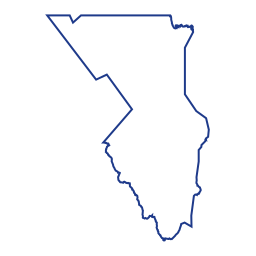 the district of Sohe District, Northern, Papua New Guinea
{"feature_id": "67681753B17052128293430", "entity_name": "Sohe District", "entity_type": "district", "adm_level": 2, "iso_a3": "PNG", "parent_name": "Papua New Guinea", "parent_adm1": "Northern", "projection": "equal_earth", "projection_center": [147.829, -8.649], "detail": "fine", "context": "isolated", "style": "outline", "palette": "blue", "viewbox_px": 256, "rotation_deg": 0, "n_neighbors": 0, "source": "geoboundaries", "source_scale": "gbopen_adm2", "svg_char_len": 5664}
<svg xmlns="http://www.w3.org/2000/svg" viewBox="0 0 256 256"><path d="M47.2,15.4L96.1,79.6L106.8,74.6L132.0,109.3L103.3,142.5L104.3,142.5L104.6,142.6L105.0,142.6L105.3,143.0L106.0,142.8L106.5,143.0L106.7,143.3L106.9,143.5L107.0,143.5L107.8,143.9L108.0,143.7L108.2,143.9L108.4,143.8L108.7,144.4L108.6,144.7L108.7,144.9L108.8,145.3L109.0,145.4L108.9,145.5L108.0,145.6L107.9,145.8L107.8,146.1L107.6,146.2L107.0,146.7L106.9,147.0L106.9,147.4L106.7,147.8L106.2,148.7L106.3,149.2L106.0,149.6L105.9,150.4L105.9,151.0L106.1,151.5L105.9,152.0L106.5,152.5L106.7,152.9L106.8,153.1L107.6,153.4L107.8,153.7L108.0,154.6L108.2,154.9L108.7,155.0L108.8,155.3L108.8,155.6L109.0,155.8L109.4,156.1L109.6,156.4L110.2,156.6L110.4,157.0L111.2,157.5L111.6,158.2L111.7,158.5L111.9,159.1L111.7,159.8L111.7,160.3L111.8,160.7L111.7,161.5L112.2,162.5L112.3,162.9L113.1,164.8L113.1,165.3L113.3,165.9L113.4,166.4L113.6,166.8L114.2,167.6L114.6,168.7L115.7,170.6L117.2,171.4L117.8,171.8L118.0,172.2L117.9,172.4L118.0,172.7L119.1,172.6L119.5,172.7L119.8,172.8L119.8,173.0L119.7,173.3L118.9,175.0L118.8,175.7L118.3,176.4L118.2,176.8L118.1,177.3L118.2,178.0L118.3,178.9L118.4,179.8L118.8,180.6L119.3,180.9L120.0,182.0L120.4,182.3L122.1,182.4L123.2,182.8L123.4,182.7L123.8,181.9L124.2,181.7L124.7,181.9L125.8,182.5L126.1,182.9L127.1,183.1L127.5,183.1L127.9,182.9L128.2,182.9L128.4,183.0L128.6,183.3L129.4,183.4L129.7,183.3L129.9,183.9L129.9,185.6L129.9,186.2L130.5,187.0L131.2,187.4L131.9,188.5L132.0,188.9L132.2,188.7L132.7,189.6L133.1,190.3L133.5,190.7L133.6,191.2L133.9,191.5L133.9,192.1L134.0,192.6L134.1,192.9L134.8,193.3L134.9,193.5L135.1,194.9L135.3,195.1L135.5,195.2L135.9,195.0L136.2,194.9L136.4,195.1L136.6,195.4L137.1,195.6L137.3,195.9L137.4,196.8L137.5,197.3L137.5,197.8L137.3,198.6L137.2,199.1L137.2,199.4L137.4,199.6L137.7,200.0L137.9,200.2L138.2,200.3L138.4,200.5L138.5,201.3L138.8,201.7L138.8,202.4L138.9,202.7L139.1,203.6L139.1,204.8L140.0,205.4L140.8,205.8L140.9,206.0L141.0,206.3L141.3,206.9L141.8,207.1L141.9,207.3L142.1,207.8L142.6,210.0L142.9,210.5L142.8,211.2L142.8,212.0L142.7,212.3L142.7,213.2L142.5,214.2L142.5,214.5L142.9,216.0L142.9,216.4L142.9,217.2L142.8,217.6L142.9,217.8L143.9,218.1L144.6,218.5L145.5,218.0L146.0,218.3L146.8,218.7L147.2,218.7L147.7,218.4L148.1,218.0L148.4,217.7L149.0,217.2L149.4,216.3L149.7,215.9L149.9,215.9L150.9,216.1L151.8,215.7L152.0,215.5L151.9,216.3L151.9,216.6L152.0,216.9L152.2,217.0L152.4,216.8L152.6,216.8L152.8,216.9L153.1,217.0L153.4,216.8L154.1,216.8L154.4,216.9L154.6,217.8L154.7,218.1L154.8,218.5L155.0,218.8L155.2,219.5L155.4,219.8L155.6,220.1L155.7,220.3L155.6,220.5L155.6,220.8L155.8,221.0L155.9,221.6L156.2,222.1L156.8,222.5L156.8,222.8L156.7,224.4L156.9,225.3L156.9,226.5L156.8,226.9L156.6,227.4L156.8,228.2L156.9,228.3L157.1,229.1L157.4,229.6L157.7,229.8L157.8,230.0L157.9,230.3L157.7,230.7L157.8,231.0L158.0,231.3L158.4,231.8L158.3,232.7L158.3,233.0L159.0,234.0L159.8,234.7L160.0,234.9L160.0,235.2L160.6,235.5L160.7,236.3L161.4,237.3L161.7,237.6L162.0,238.1L162.8,238.2L163.2,238.4L163.4,239.0L163.2,239.8L163.3,240.1L163.7,240.3L164.0,240.5L164.7,240.3L164.8,240.1L164.9,239.9L164.9,239.5L164.7,238.8L164.8,238.6L165.0,238.4L165.6,238.4L167.0,238.8L167.6,238.8L168.2,239.0L168.6,239.0L168.8,238.9L169.2,238.5L169.5,238.4L169.6,238.5L170.1,239.0L170.7,239.2L170.9,239.2L171.4,238.9L171.6,238.9L171.9,239.0L175.2,235.7L175.6,235.0L176.1,234.5L176.6,234.0L177.2,233.6L178.3,232.3L178.4,231.7L179.5,229.9L180.0,228.0L180.2,227.5L180.9,225.5L181.2,224.0L184.6,222.6L191.5,226.6L191.3,215.6L193.9,195.9L195.2,194.6L196.0,194.5L196.6,194.8L196.6,194.6L196.9,194.4L197.3,194.6L197.9,193.9L198.1,194.0L198.6,193.9L198.7,193.6L198.9,193.7L199.2,193.3L199.4,192.4L199.7,192.1L199.8,191.8L200.0,191.6L200.7,190.3L200.6,189.3L200.2,188.4L199.9,187.4L199.3,187.1L198.7,186.7L198.1,185.8L197.4,185.7L197.3,184.5L196.4,183.0L196.5,181.7L196.7,180.4L196.5,177.2L198.7,161.5L198.7,150.0L201.3,147.0L201.5,145.0L205.3,141.2L205.4,139.6L205.9,139.1L206.0,139.2L205.9,138.5L208.1,136.8L208.8,129.6L206.1,118.2L196.3,111.1L184.9,94.3L184.9,47.7L193.1,32.1L193.1,31.7L192.9,31.3L192.9,31.0L192.8,30.9L192.8,30.7L193.0,30.3L193.0,29.5L192.8,29.5L192.6,29.6L192.4,29.9L192.2,29.8L191.9,29.5L191.6,29.5L191.4,29.3L191.3,28.8L192.0,28.9L192.4,28.2L192.3,27.6L192.8,27.1L192.8,26.8L192.7,26.6L192.0,25.7L191.8,25.6L191.5,25.5L191.3,25.6L191.2,25.7L191.0,26.1L190.7,26.6L190.4,26.4L190.0,26.6L189.8,26.6L189.2,27.0L188.4,26.9L188.1,27.1L187.9,27.1L187.7,26.8L187.8,25.9L187.7,25.7L187.3,25.8L187.0,26.1L186.9,26.1L186.7,25.7L186.5,25.4L186.4,25.4L186.1,25.5L185.6,26.1L185.4,26.2L185.0,26.1L184.7,26.5L184.3,26.4L184.2,26.3L183.6,26.6L183.0,26.6L182.9,26.5L182.6,26.4L182.3,26.0L181.8,25.2L181.4,24.8L180.9,25.0L180.7,25.0L180.3,25.3L180.1,25.4L179.9,25.8L179.9,26.2L180.0,26.3L180.3,26.0L180.4,25.7L180.6,25.4L180.9,25.3L180.9,25.6L180.6,26.2L180.3,26.6L180.1,26.7L179.9,26.6L179.8,26.4L179.6,26.3L179.4,26.1L178.6,25.9L178.4,25.8L178.0,25.6L177.4,25.5L177.5,26.2L177.6,26.6L177.8,27.0L177.4,26.9L176.8,26.4L176.1,25.5L175.9,25.4L175.7,25.6L175.7,26.0L175.9,26.4L176.3,26.4L176.5,26.6L176.6,26.8L176.6,27.1L176.4,27.4L176.4,27.5L176.6,27.7L176.8,27.5L176.7,28.1L176.2,28.0L175.7,28.4L175.3,28.4L174.6,28.2L174.2,27.9L173.8,27.6L173.2,26.3L172.7,25.6L172.5,25.1L172.5,24.6L172.2,24.1L172.1,23.8L172.0,23.6L171.9,23.4L171.9,22.3L171.7,21.7L171.5,20.8L171.4,20.6L171.2,19.4L171.2,18.1L171.0,16.7L170.8,16.4L170.6,16.1L170.1,16.2L170.1,15.9L170.4,15.8L170.5,15.6L170.3,15.4L81.0,15.4L73.0,22.6L69.7,15.4L47.2,15.4ZM177.1,26.1L176.9,25.7L176.8,25.3L176.6,25.3L176.5,25.6L176.9,26.1L177.1,26.2L177.1,26.1Z" fill="none" stroke="#1e3a8a" stroke-width="2"/></svg>